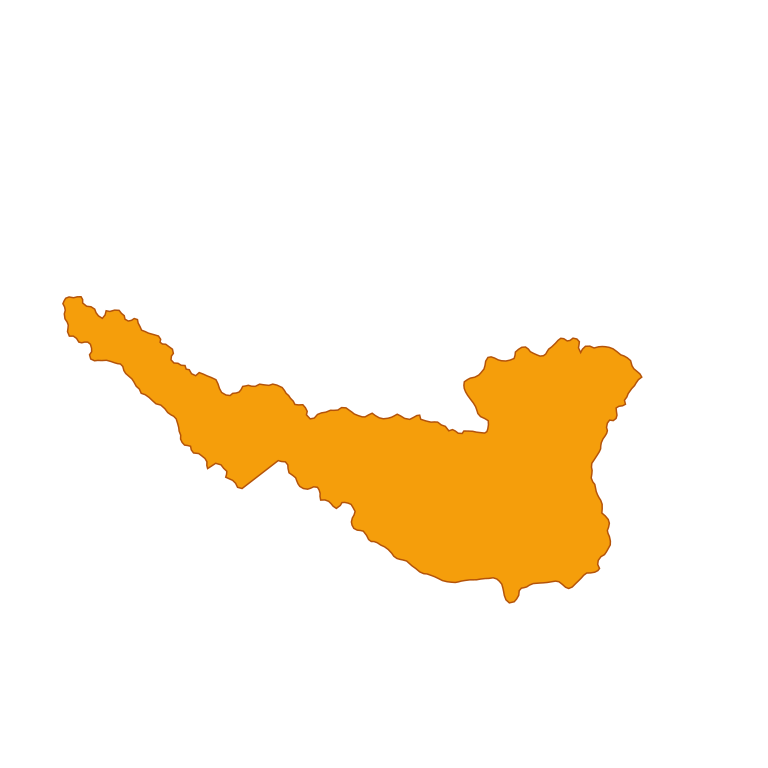 outline of Pai Pedro, Minas Gerais, Brazil, rotated 316°
{"feature_id": "56859067B12546886236538", "entity_name": "Pai Pedro", "entity_type": "district", "adm_level": 2, "iso_a3": "BRA", "parent_name": "Brazil", "parent_adm1": "Minas Gerais", "projection": "robinson", "projection_center": [-43.166, -15.349], "detail": "fine", "context": "isolated", "style": "filled", "palette": "amber", "viewbox_px": 768, "rotation_deg": 316, "n_neighbors": 0, "source": "geoboundaries", "source_scale": "gbopen_adm2", "svg_char_len": 5715}
<svg xmlns="http://www.w3.org/2000/svg" viewBox="0 0 768 768"><g transform="rotate(316 384 384)"><path d="M268.6,285.6L265.3,285.4L262.7,282.2L261.3,277.3L262.5,273.0L264.7,268.5L266.1,264.2L264.3,259.4L262.4,255.3L260.9,251.4L259.0,247.4L254.3,247.2L252.7,242.9L253.8,238.4L252.0,235.9L253.7,232.5L251.1,229.6L250.2,226.0L247.5,223.0L247.6,218.6L250.6,216.2L253.7,215.7L256.0,212.0L255.2,207.5L254.6,203.8L252.4,201.3L251.9,198.4L254.4,196.7L255.1,192.8L252.6,188.4L249.9,183.8L248.6,180.3L247.0,176.9L248.3,173.4L249.5,169.3L251.4,166.4L249.8,163.4L246.6,162.8L243.8,161.1L242.7,157.5L244.6,154.4L244.2,150.8L244.6,147.0L241.5,143.7L237.2,141.4L235.0,138.3L231.3,140.6L227.0,141.1L225.9,136.6L226.4,132.6L227.9,129.2L226.9,124.9L224.1,121.5L223.5,116.4L225.9,113.9L226.7,110.8L223.9,108.2L220.6,106.3L217.9,102.6L214.6,101.2L211.6,102.0L208.8,103.2L207.8,106.6L205.9,109.6L202.7,111.5L199.8,115.5L199.1,119.4L197.8,122.3L195.5,124.3L192.7,126.5L190.9,131.0L193.8,133.8L194.5,137.6L193.6,141.9L195.2,144.4L197.8,145.9L200.0,148.1L200.4,151.5L198.5,155.1L196.1,157.7L192.5,158.4L190.4,162.3L191.9,166.2L194.5,168.2L197.3,171.1L200.9,174.2L203.3,178.3L204.9,181.5L206.5,184.3L208.3,186.5L208.3,189.9L206.2,193.7L205.5,197.0L205.9,201.7L206.2,205.2L205.6,208.5L204.2,213.5L204.5,217.7L202.9,222.0L204.8,225.8L205.7,230.5L205.9,235.3L206.2,239.8L208.8,244.1L209.2,249.5L208.6,254.3L209.3,258.1L210.3,261.1L210.3,264.7L207.9,269.5L206.1,272.7L203.9,275.6L202.2,279.6L199.4,282.3L198.2,285.8L198.1,289.4L199.9,291.7L201.6,294.4L199.6,297.5L199.1,301.3L202.4,305.3L203.0,309.2L203.5,313.2L202.6,316.9L199.9,319.6L198.4,322.3L202.9,323.2L207.8,324.1L210.6,328.9L210.1,333.3L210.3,337.6L208.0,339.6L205.4,341.1L206.7,344.4L208.2,348.2L208.3,352.3L206.9,356.6L209.3,360.6L254.7,365.6L256.3,368.4L259.0,371.5L258.6,375.4L256.3,378.1L254.0,381.9L254.9,386.5L255.3,390.1L254.0,393.0L252.8,396.1L252.3,399.2L253.4,403.2L256.0,406.6L258.6,407.9L262.0,409.1L264.4,412.1L263.7,415.2L262.1,418.3L259.9,420.4L257.8,423.5L261.0,426.4L262.7,430.0L262.8,433.3L262.5,436.6L263.3,440.4L268.2,441.0L271.4,440.1L273.5,441.9L275.4,444.7L276.7,447.7L276.0,451.0L274.7,455.6L271.5,457.4L268.1,458.4L264.7,460.6L263.0,463.3L262.0,466.9L263.2,470.5L265.3,473.0L266.9,475.5L266.3,480.8L264.9,485.2L265.4,488.4L267.4,490.4L268.9,493.5L269.8,497.7L271.3,501.5L272.1,506.0L272.0,511.1L271.4,514.7L272.1,518.5L273.7,521.3L275.3,523.6L277.3,527.0L277.8,534.1L278.7,539.1L279.2,544.0L280.8,548.0L283.0,550.5L285.0,554.5L286.6,557.9L287.9,561.4L289.5,566.0L292.0,570.0L294.7,573.3L297.4,576.3L300.0,578.0L302.6,579.4L305.8,581.6L309.7,584.5L312.3,587.0L314.7,589.2L317.7,591.2L321.5,594.1L324.4,596.7L327.9,599.2L329.7,602.6L330.0,605.9L329.7,609.8L327.7,613.5L326.0,616.2L323.6,619.8L321.8,624.0L322.1,628.5L326.4,631.1L330.0,630.8L334.1,629.6L337.7,626.6L341.0,626.3L343.3,627.8L345.7,629.1L348.9,629.7L352.7,631.2L357.0,634.7L360.5,637.7L363.6,640.2L367.1,642.6L370.5,645.0L372.5,647.8L373.1,652.1L373.4,656.3L374.8,659.4L378.4,660.8L383.2,660.7L387.4,660.7L391.3,660.6L394.8,660.3L398.5,660.8L401.4,663.4L404.9,665.8L408.2,666.8L410.9,666.4L412.4,662.2L415.6,659.7L420.1,658.9L424.1,659.9L427.5,659.2L431.2,658.1L435.0,656.9L437.7,654.3L440.2,650.3L441.4,647.0L442.9,644.5L446.1,643.0L449.4,640.7L451.2,637.2L451.5,632.6L451.1,628.1L454.2,625.4L457.4,622.0L459.1,618.2L459.7,615.2L460.6,612.1L462.0,608.7L464.0,605.6L465.9,602.6L466.2,599.4L467.8,595.5L471.1,593.0L473.7,590.7L475.5,587.9L478.4,585.4L482.1,584.6L485.2,583.9L488.2,583.2L491.8,582.3L494.8,581.1L496.9,579.1L499.5,577.2L503.4,575.6L507.2,574.9L510.0,574.1L512.3,572.7L513.9,569.8L517.5,567.3L521.2,566.7L523.5,569.6L527.0,570.0L529.9,568.3L532.0,565.4L534.3,562.5L537.5,563.2L540.5,565.4L543.6,566.3L545.7,562.7L549.5,562.1L553.0,560.5L558.9,559.4L563.1,559.2L565.9,558.4L570.0,557.6L574.2,558.1L575.1,554.6L574.7,550.3L574.3,546.5L575.1,543.1L577.6,538.5L577.2,534.2L576.2,530.7L574.6,527.5L574.0,522.3L573.2,517.8L571.4,514.0L569.1,510.9L567.0,508.6L564.2,506.3L560.1,504.0L558.4,499.8L555.1,496.8L550.9,496.8L547.3,498.0L549.0,493.1L551.6,491.2L553.9,489.3L554.0,485.6L551.8,482.3L548.1,481.9L545.7,480.3L544.8,476.3L542.9,473.9L539.4,473.5L535.7,473.8L530.5,473.8L526.7,473.3L523.8,474.0L521.2,474.8L518.3,474.4L515.6,472.3L514.2,469.2L512.9,466.0L511.7,462.4L512.1,459.1L511.5,455.7L508.6,453.3L504.9,452.5L500.7,452.3L498.2,454.4L495.3,456.0L491.3,454.4L487.6,452.1L484.6,448.8L482.9,446.0L481.6,442.2L479.9,438.9L477.2,437.1L473.0,438.2L469.6,440.8L466.3,442.7L461.2,443.3L458.3,443.4L454.1,442.2L450.1,439.7L447.0,438.8L443.3,438.2L440.6,440.4L438.6,443.0L437.2,446.4L436.3,450.2L435.6,455.3L435.1,459.7L434.1,464.0L432.6,467.3L431.0,470.5L430.8,474.5L432.5,478.9L433.5,482.8L430.8,485.9L427.5,488.4L424.9,489.7L422.3,489.2L419.8,486.2L417.0,482.8L415.0,479.7L412.1,476.6L408.8,473.3L405.9,473.9L403.2,471.0L402.6,467.2L401.6,464.4L398.1,462.7L398.7,457.1L396.8,453.3L396.1,448.7L393.9,446.3L391.3,444.1L388.5,439.7L385.9,434.9L388.0,431.2L385.7,429.5L382.2,428.6L377.9,427.3L374.9,423.0L373.8,418.6L372.5,414.9L369.4,414.1L366.5,413.2L363.2,411.5L359.4,408.6L357.1,405.1L355.8,400.6L355.2,396.8L351.4,395.5L347.5,394.5L345.5,392.5L343.5,388.8L341.8,385.0L341.4,381.9L340.8,378.8L340.1,374.8L337.1,371.5L332.7,370.7L329.7,368.2L327.2,365.7L322.7,363.9L318.9,361.3L315.0,359.7L310.2,360.1L306.7,357.8L306.8,352.3L309.8,350.3L311.0,346.4L311.2,342.5L307.9,339.6L305.7,336.8L306.8,333.3L306.8,329.2L307.4,326.0L307.1,322.7L307.9,319.4L308.3,315.8L306.2,310.4L303.9,306.8L300.3,305.1L297.3,301.5L294.4,297.7L289.8,296.3L287.2,293.6L285.5,290.7L283.0,289.2L280.7,287.6L277.1,288.8L274.1,289.1L271.4,287.8L268.6,285.6Z" fill="#f59e0b" stroke="#b45309" stroke-width="1.5"/></g></svg>